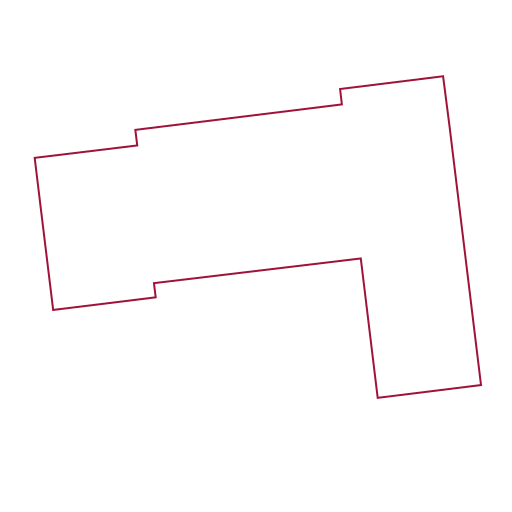 Pierce, North Dakota, United States of America, rotated 83°
{"feature_id": "52423323B9617880676259", "entity_name": "Pierce", "entity_type": "district", "adm_level": 2, "iso_a3": "USA", "parent_name": "United States of America", "parent_adm1": "North Dakota", "projection": "mercator", "projection_center": [-99.984, 48.196], "detail": "fine", "context": "isolated", "style": "outline", "palette": "rose", "viewbox_px": 512, "rotation_deg": 83, "n_neighbors": 0, "source": "geoboundaries", "source_scale": "gbopen_adm2", "svg_char_len": 342}
<svg xmlns="http://www.w3.org/2000/svg" viewBox="0 0 512 512"><g transform="rotate(83 256 256)"><path d="M284.8,463.9L284.8,360.6L270.5,360.6L271.2,152.3L411.6,152.5L411.5,48.4L152.3,48.1L100.4,48.4L100.5,152.2L116.0,152.3L116.1,360.4L131.8,360.4L131.6,463.7L182.8,463.8L284.8,463.9Z" fill="none" stroke="#9f1239" stroke-width="2"/></g></svg>